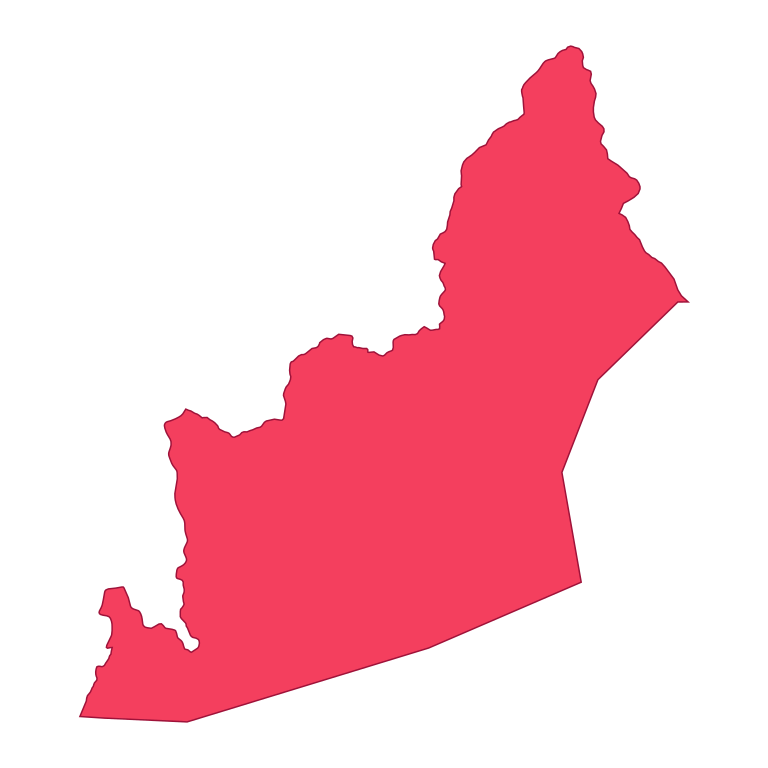 Senge, Geylegphug, Bhutan (Natural Earth projection)
{"feature_id": "84629894B83148928798212", "entity_name": "Senge", "entity_type": "district", "adm_level": 2, "iso_a3": "BTN", "parent_name": "Bhutan", "parent_adm1": "Geylegphug", "projection": "natural_earth1", "projection_center": [90.093, 26.834], "detail": "fine", "context": "isolated", "style": "filled", "palette": "rose", "viewbox_px": 768, "rotation_deg": 0, "n_neighbors": 0, "source": "geoboundaries", "source_scale": "gbopen_adm2", "svg_char_len": 6067}
<svg xmlns="http://www.w3.org/2000/svg" viewBox="0 0 768 768"><path d="M185.8,409.1L182.8,413.9L181.0,415.7L178.8,417.1L175.5,418.8L170.8,420.7L167.2,421.7L166.1,422.3L165.2,423.2L164.6,424.4L164.4,425.7L164.9,428.3L166.2,432.1L167.4,434.5L170.1,439.0L171.0,441.5L171.1,444.2L171.0,445.5L170.3,448.1L169.0,451.9L168.7,453.2L168.7,454.5L168.9,455.8L169.8,458.4L171.7,463.3L173.0,465.6L176.2,469.8L176.8,470.9L177.1,472.2L177.2,473.5L177.3,478.9L174.9,493.5L175.0,497.5L175.3,500.1L176.2,504.0L178.1,509.0L180.5,513.7L183.2,518.2L184.3,520.6L184.8,523.3L185.0,530.0L185.2,531.3L185.8,533.9L187.4,539.0L187.5,540.4L187.3,541.7L186.8,542.9L184.5,547.7L183.8,550.2L183.8,551.6L184.1,552.9L186.2,557.8L186.5,559.1L186.5,560.4L186.0,561.7L185.4,562.8L183.7,564.7L181.5,566.1L178.1,567.8L177.4,568.8L176.9,570.1L176.3,574.1L176.2,576.8L176.7,578.0L177.7,578.6L180.2,579.3L181.3,579.8L182.2,580.3L183.2,581.9L183.2,585.2L184.2,589.1L184.2,591.2L184.0,592.5L182.8,595.7L182.8,596.8L183.4,601.5L184.1,604.1L183.4,605.7L182.0,607.8L180.6,609.3L180.3,611.5L180.3,616.7L181.3,618.5L185.4,622.8L186.0,623.8L186.3,626.2L187.4,627.8L190.4,635.2L191.4,636.5L192.8,637.4L196.2,638.2L198.4,639.5L199.0,640.6L199.3,642.0L199.4,643.3L198.9,645.9L198.4,647.2L197.6,648.2L192.3,651.7L191.2,652.3L190.1,651.7L188.1,650.0L187.0,649.6L185.7,649.4L184.6,648.9L183.7,646.4L183.0,643.8L182.5,642.6L181.9,641.5L181.0,640.5L178.0,638.1L177.4,637.0L176.5,633.1L175.5,630.6L174.4,630.0L172.0,629.3L165.9,628.3L164.9,627.7L163.3,625.6L161.4,623.8L159.0,624.0L154.6,626.6L151.3,628.3L147.6,627.8L145.2,627.2L144.2,626.4L143.3,625.4L142.8,624.2L142.1,618.9L141.6,616.3L140.7,613.8L139.4,611.5L138.4,610.7L133.7,609.1L132.5,608.5L131.5,607.7L130.7,606.7L130.3,605.4L128.3,597.7L124.0,587.9L123.2,587.0L121.9,587.0L115.8,588.1L108.4,588.9L106.0,589.9L105.2,590.7L104.7,592.0L103.3,599.9L102.2,605.1L101.2,607.6L99.4,611.1L99.1,612.5L99.5,613.7L100.6,614.5L103.0,615.2L106.7,615.8L109.0,616.7L109.9,617.6L110.6,618.8L111.5,621.3L112.0,623.9L112.1,626.6L112.1,630.6L111.7,634.6L111.3,635.9L106.8,645.3L106.4,647.4L107.5,648.2L110.4,647.6L112.2,647.5L111.4,650.9L110.9,654.2L109.7,655.7L109.1,657.3L108.9,658.4L106.6,661.9L105.7,663.1L104.5,665.3L103.5,666.1L102.3,666.6L101.2,666.6L100.1,666.3L98.1,666.3L96.8,666.9L96.1,669.2L95.7,671.9L95.8,674.2L96.2,676.0L97.0,678.1L96.8,680.2L94.5,682.8L93.8,684.5L93.3,686.4L92.2,687.8L91.5,689.6L90.3,692.2L87.5,695.6L86.7,698.0L86.3,701.1L79.9,716.5L104.4,718.1L187.1,721.9L428.7,648.0L581.2,582.2L561.9,472.4L597.9,379.7L677.8,302.0L688.1,301.9L681.4,295.8L677.8,289.9L674.0,279.1L664.9,266.9L661.5,263.1L658.4,261.5L654.8,258.6L651.9,257.5L648.7,254.5L646.0,252.8L644.5,251.0L642.4,246.9L639.5,239.7L637.1,237.5L634.7,234.5L632.0,231.9L629.9,229.4L629.3,225.6L627.8,221.5L625.7,217.5L622.1,214.9L619.0,213.4L621.5,208.2L623.4,203.4L628.3,200.8L634.0,197.3L638.2,193.5L640.0,189.0L640.0,186.7L638.8,183.3L636.7,180.1L634.7,178.8L631.2,177.8L629.3,176.7L627.1,173.3L618.0,165.2L611.3,161.1L607.8,158.7L607.4,154.0L606.5,149.9L603.6,146.4L601.0,143.8L600.5,141.3L602.0,135.4L604.0,131.8L603.9,128.8L602.3,126.3L598.4,123.0L595.5,120.0L594.2,117.2L593.4,111.9L593.4,107.5L594.4,101.1L595.6,97.2L596.0,93.6L594.5,89.0L592.9,86.1L591.0,83.4L590.1,80.6L591.3,74.2L590.6,71.3L588.0,70.1L586.5,69.6L583.4,67.6L582.7,65.3L582.3,60.8L583.4,57.4L582.7,53.8L581.7,51.5L578.9,48.5L574.5,47.4L572.8,46.6L570.7,46.1L567.6,47.2L566.1,49.4L562.5,50.4L560.1,51.7L558.0,53.5L555.3,57.7L554.3,58.3L548.2,59.9L545.9,60.8L544.9,61.5L543.2,63.3L539.5,68.9L537.9,71.0L536.1,72.8L530.2,77.8L525.6,82.6L523.9,84.7L522.8,87.0L522.5,88.2L521.7,89.5L521.6,91.1L521.9,93.3L522.5,96.3L523.0,97.7L523.6,106.2L524.2,112.8L523.8,114.4L522.7,115.1L519.9,117.4L518.7,118.7L517.7,119.6L515.6,120.3L514.0,120.6L510.4,122.0L509.4,122.1L506.4,123.8L504.0,126.1L501.9,127.2L498.4,128.7L493.5,132.1L492.1,134.4L491.3,136.3L488.5,140.0L486.1,144.8L479.4,147.6L474.5,152.6L471.7,155.1L466.8,158.4L463.8,161.9L462.5,165.0L461.1,170.8L461.4,174.4L461.6,175.6L461.1,184.4L461.6,186.6L458.7,188.6L454.9,193.8L453.9,197.3L453.9,200.8L451.7,208.1L450.2,211.5L449.9,214.9L447.6,222.0L447.4,225.1L446.7,229.3L445.1,231.6L443.3,232.7L440.3,234.1L437.5,239.0L435.3,240.6L433.3,244.4L432.6,248.0L432.9,249.5L433.7,251.3L434.5,259.2L435.4,259.6L438.2,259.6L441.4,261.9L445.1,263.3L444.3,265.3L440.6,271.6L439.4,275.6L440.0,278.0L441.1,280.4L442.5,282.0L443.2,283.2L444.2,286.1L445.2,287.8L445.4,289.9L444.7,291.0L441.6,294.4L440.4,296.1L439.9,297.4L439.2,300.5L438.8,303.9L439.6,305.9L442.2,308.6L443.0,309.8L443.7,311.8L444.1,314.5L444.6,316.5L444.2,319.4L443.4,320.7L442.8,321.4L440.2,323.5L439.5,324.2L439.7,326.1L439.6,328.7L438.1,329.4L436.2,329.4L432.8,330.1L430.6,330.3L429.4,329.7L426.9,328.1L424.2,326.7L421.3,328.8L419.2,330.8L417.5,333.6L415.3,334.6L412.1,334.5L409.0,334.9L404.9,334.7L401.8,335.4L399.7,336.1L394.0,339.4L393.3,340.7L393.1,342.2L393.3,347.5L392.5,350.2L391.2,350.9L388.7,351.8L386.9,352.8L384.4,355.3L382.8,356.0L379.1,355.1L374.0,351.9L368.8,352.4L367.8,352.1L367.8,349.7L366.7,348.5L362.9,348.5L358.8,347.6L357.4,347.7L355.0,346.9L353.7,346.8L352.5,344.5L352.2,341.4L352.9,338.0L351.9,336.1L350.1,335.5L338.7,334.3L332.9,338.4L331.1,339.0L326.9,338.3L325.6,338.7L323.4,339.7L319.7,342.7L319.5,343.8L318.2,346.3L317.1,347.2L315.8,347.8L312.0,348.5L306.0,353.4L304.5,354.3L303.2,354.6L301.5,354.6L298.6,356.0L293.3,361.2L291.3,361.9L290.6,363.0L290.2,364.0L289.6,370.3L290.0,374.1L290.8,376.7L290.4,379.7L288.6,384.1L286.2,386.9L285.3,388.8L283.7,393.5L283.5,395.5L285.4,401.3L285.9,404.0L283.6,418.7L281.9,420.2L280.9,420.2L274.4,419.2L266.3,421.0L264.4,422.3L261.6,426.2L260.2,427.2L256.6,428.0L252.7,429.8L250.1,430.6L247.0,431.9L243.9,431.8L241.8,432.6L239.7,434.9L234.2,437.3L232.9,437.1L231.5,436.4L229.3,433.5L227.9,432.7L224.6,431.8L219.5,429.3L218.5,428.1L217.9,426.2L217.1,425.2L214.7,422.7L212.5,421.1L209.9,419.7L207.1,417.5L203.1,417.6L202.2,417.9L199.3,415.5L197.3,414.2L194.7,413.3L190.9,411.0L188.5,410.3L185.8,409.1Z" fill="#f43f5e" stroke="#9f1239" stroke-width="1.5"/></svg>